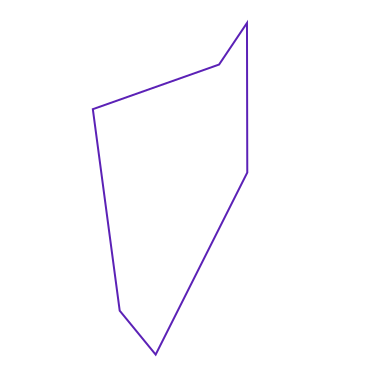 Falls Church, Virginia, United States of America, rotated 71°
{"feature_id": "52423323B27859603435380", "entity_name": "Falls Church", "entity_type": "district", "adm_level": 2, "iso_a3": "USA", "parent_name": "United States of America", "parent_adm1": "Virginia", "projection": "equal_earth", "projection_center": [-77.175, 38.886], "detail": "fine", "context": "isolated", "style": "outline", "palette": "violet", "viewbox_px": 384, "rotation_deg": 71, "n_neighbors": 0, "source": "geoboundaries", "source_scale": "gbopen_adm2", "svg_char_len": 245}
<svg xmlns="http://www.w3.org/2000/svg" viewBox="0 0 384 384"><g transform="rotate(71 192 192)"><path d="M191.6,133.4L50.1,85.0L80.3,124.9L81.4,258.8L280.7,299.0L333.9,279.3L191.6,133.4Z" fill="none" stroke="#5b21b6" stroke-width="2"/></g></svg>